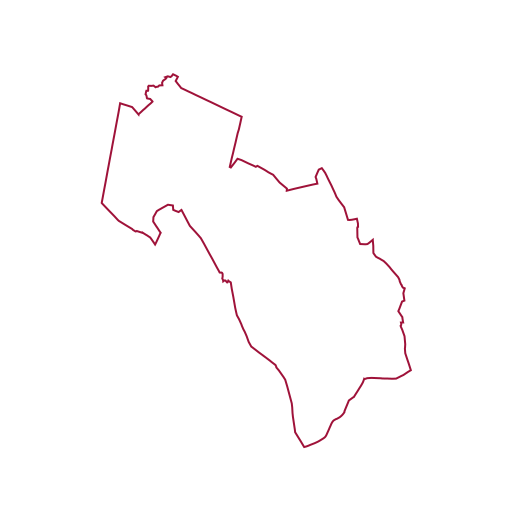 outline of Briežuciema pag., Baltinavas, Latvia, rotated 75°
{"feature_id": "27541924B17753887700390", "entity_name": "Briežuciema pag.", "entity_type": "district", "adm_level": 2, "iso_a3": "LVA", "parent_name": "Latvia", "parent_adm1": "Baltinavas", "projection": "natural_earth1", "projection_center": [27.554, 56.968], "detail": "fine", "context": "isolated", "style": "outline", "palette": "rose", "viewbox_px": 512, "rotation_deg": 75, "n_neighbors": 0, "source": "geoboundaries", "source_scale": "gbopen_adm2", "svg_char_len": 5735}
<svg xmlns="http://www.w3.org/2000/svg" viewBox="0 0 512 512"><g transform="rotate(75 256 256)"><path d="M403.6,176.1L404.4,173.5L406.5,166.8L406.6,166.7L407.0,165.7L408.4,160.7L409.8,156.3L410.7,152.4L409.8,148.0L409.6,147.2L409.1,144.4L407.4,139.5L406.4,136.0L401.8,136.2L398.2,136.4L395.5,136.6L388.6,137.0L383.8,136.1L383.6,136.0L383.2,135.8L382.9,135.7L379.9,134.7L371.9,133.3L366.9,133.7L365.5,133.8L364.7,133.9L362.3,134.3L360.9,134.4L360.6,134.0L360.3,133.7L359.9,133.5L359.2,133.3L358.8,133.2L358.1,133.2L357.8,133.2L358.3,131.1L358.0,131.1L353.5,130.6L353.2,130.5L352.7,130.5L352.3,130.7L351.7,130.9L351.5,131.0L348.8,131.9L346.2,132.8L346.0,132.7L344.2,131.3L337.8,126.7L337.5,124.2L330.1,123.3L325.7,120.7L325.2,121.3L325.1,121.5L325.0,121.8L324.9,122.0L324.6,122.2L324.4,122.3L324.0,122.5L323.5,122.6L323.3,122.7L323.0,122.8L322.9,122.8L322.7,122.8L322.4,122.8L321.8,122.8L321.6,122.9L321.2,123.2L317.8,123.7L316.0,123.6L313.2,124.2L305.5,128.0L303.8,128.8L301.2,129.9L297.0,132.1L293.9,134.0L292.0,135.9L290.6,137.2L289.4,138.6L287.7,140.3L283.7,141.8L282.9,141.7L276.6,140.1L271.5,139.2L270.6,139.0L271.9,141.8L273.0,144.3L273.3,145.5L273.0,147.3L272.2,149.8L271.4,152.3L267.4,152.8L266.9,152.8L264.3,153.2L255.0,150.9L254.4,150.5L254.3,149.9L250.9,149.1L246.1,148.9L246.0,151.2L246.0,151.3L245.8,154.0L245.4,156.5L244.9,157.8L238.4,158.0L232.9,158.2L231.8,158.2L227.5,160.0L223.3,161.7L219.5,163.0L217.0,163.3L214.3,163.7L211.6,164.2L207.4,164.9L203.6,165.7L199.7,166.5L196.8,167.0L194.0,167.6L193.8,167.6L191.0,168.6L188.2,169.7L188.8,173.0L191.9,175.5L195.1,178.0L197.1,177.8L202.0,178.0L201.7,182.4L201.5,187.7L201.2,195.9L201.0,202.0L200.9,209.4L198.9,208.7L195.2,211.3L191.4,214.0L190.7,214.4L188.3,215.5L186.4,216.4L182.0,218.4L180.1,220.5L178.2,222.5L176.5,224.0L174.8,225.6L172.1,228.4L169.3,231.3L169.8,233.1L167.8,235.4L166.2,237.4L164.6,239.4L162.1,242.3L159.6,245.2L158.4,247.0L157.3,248.7L158.8,250.6L160.4,252.6L164.0,257.4L163.2,258.3L155.8,254.4L153.8,253.3L150.2,251.3L146.6,249.4L141.1,246.4L135.6,243.5L132.6,241.9L129.3,239.8L123.6,236.8L117.8,233.8L116.0,236.0L114.1,238.2L110.4,242.5L106.7,246.9L103.1,251.1L99.5,255.3L95.8,259.6L92.2,263.9L88.5,268.2L84.9,272.5L83.4,274.2L82.0,275.8L79.6,278.7L77.0,281.7L74.4,284.8L72.0,285.8L69.6,286.9L66.2,288.3L62.7,285.1L61.3,286.4L59.0,289.1L60.4,290.9L61.0,292.3L59.6,294.7L59.8,297.3L60.8,296.5L61.6,297.6L62.6,300.4L64.4,301.9L66.9,302.2L66.2,305.2L67.1,307.0L66.9,307.7L66.9,308.8L67.0,309.3L64.9,310.9L64.6,313.0L63.8,315.5L64.3,316.2L64.4,316.3L65.8,316.6L67.1,317.0L68.1,317.3L68.3,317.4L68.5,317.6L68.0,319.1L68.6,319.5L71.0,320.7L71.1,320.8L72.2,320.4L73.1,320.3L75.2,320.5L75.6,320.4L76.6,318.3L76.8,317.8L76.9,317.6L77.0,317.5L78.0,317.0L79.6,316.1L80.1,316.0L81.3,318.2L82.5,320.8L83.7,323.1L84.9,325.3L85.7,327.1L87.0,329.5L88.6,332.6L89.0,332.8L84.6,334.9L80.1,337.1L77.4,341.3L74.7,345.6L73.3,347.7L81.9,351.7L91.9,356.5L102.0,361.3L107.2,363.8L112.4,366.3L115.4,367.7L118.3,369.1L124.1,371.9L130.0,374.7L135.4,377.3L140.9,379.9L146.4,382.5L152.0,385.2L160.2,389.1L164.8,391.3L165.3,391.1L169.7,388.7L173.0,386.9L175.9,385.3L176.4,385.0L180.9,382.5L185.5,380.1L186.1,379.7L186.6,379.4L187.1,378.9L192.3,374.0L197.7,368.8L198.1,368.5L198.9,368.1L201.0,366.1L201.2,365.8L201.2,365.7L201.1,365.0L201.0,364.7L204.3,359.6L204.1,359.5L206.8,357.0L208.0,355.8L209.3,354.7L210.4,353.7L210.7,353.4L211.0,353.3L211.6,353.1L212.0,352.9L214.5,352.0L217.0,351.1L218.8,350.5L218.7,350.4L218.5,350.2L216.2,348.2L213.8,346.2L211.4,344.2L209.0,342.3L208.9,342.1L206.6,342.9L202.3,344.3L202.2,344.4L199.1,345.4L196.1,346.4L191.9,345.0L189.5,342.6L187.0,340.2L186.2,337.6L185.8,335.9L185.5,334.9L184.6,331.3L183.7,327.8L184.7,325.5L185.7,323.2L190.0,324.0L191.3,322.4L193.5,319.4L192.2,316.1L192.8,315.9L193.5,315.8L196.5,315.1L205.0,313.2L207.6,312.6L209.8,312.1L217.1,308.3L222.1,305.8L223.0,305.4L224.4,304.7L227.4,303.9L230.9,303.0L233.0,302.5L237.6,301.4L242.6,300.2L244.5,299.7L247.7,298.9L250.7,298.2L253.7,297.5L256.7,296.8L261.0,295.7L262.5,295.4L262.7,295.2L262.9,294.4L263.1,293.5L263.6,293.1L264.5,292.9L264.8,292.9L265.1,293.0L265.6,293.1L267.4,293.6L269.0,294.4L269.5,294.3L270.3,294.1L271.4,294.1L272.0,294.2L271.6,293.2L271.5,292.6L271.5,292.3L271.9,291.8L274.0,290.8L274.1,290.4L272.7,289.2L272.9,289.1L275.0,287.2L281.3,287.9L286.9,288.3L289.7,288.5L300.7,289.5L305.0,289.7L307.8,289.8L308.4,289.8L312.8,288.7L318.3,287.8L319.9,287.7L322.5,287.3L323.3,287.2L326.3,286.5L331.0,285.8L337.1,285.3L342.3,284.0L343.5,283.0L343.8,282.8L344.2,282.5L346.8,280.5L349.6,278.4L356.0,273.3L360.6,269.7L362.3,268.5L366.2,265.5L366.3,265.4L366.6,265.4L367.8,265.1L368.0,265.1L368.9,265.2L369.1,265.1L372.7,263.4L372.8,263.4L380.7,260.5L381.2,260.4L383.0,259.8L390.1,259.6L406.7,259.6L407.6,259.6L411.6,260.2L413.5,260.6L417.3,261.4L418.7,261.6L420.5,261.9L428.3,262.8L433.6,263.4L436.4,263.8L446.7,260.7L452.7,259.0L453.0,258.9L453.0,256.6L452.9,255.5L452.8,254.4L452.5,252.5L452.2,249.7L452.0,247.8L451.5,244.9L451.3,243.9L450.9,242.4L450.3,240.4L449.8,238.7L449.4,237.6L449.1,236.8L448.7,236.1L448.2,235.4L447.7,234.9L447.1,234.3L444.4,232.1L443.3,231.2L442.2,230.3L441.0,229.4L439.3,228.0L438.3,227.2L437.4,226.5L436.6,225.7L436.1,225.2L435.5,224.4L435.2,224.0L434.9,223.4L434.6,222.3L434.3,221.3L434.2,220.2L434.1,219.5L433.8,218.5L433.7,218.0L433.4,216.9L433.1,216.2L432.6,215.1L432.1,214.2L431.4,213.1L431.1,212.7L430.4,211.8L429.7,211.0L429.5,210.9L429.2,210.9L428.4,210.4L421.1,204.8L420.8,204.6L419.6,203.7L417.6,198.5L417.5,197.9L416.8,197.2L415.5,195.8L412.3,192.3L410.5,190.4L408.5,188.2L407.5,187.2L406.6,186.3L405.5,185.3L404.4,184.5L402.8,183.4L403.0,183.3L402.8,180.2L403.6,176.1Z" fill="none" stroke="#9f1239" stroke-width="2"/></g></svg>